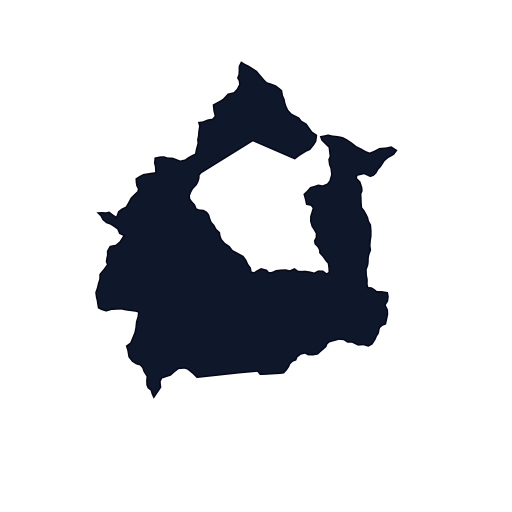 the district of Monte Aprazível, São Paulo, Brazil, rotated 133°
{"feature_id": "56859067B72421879986943", "entity_name": "Monte Aprazível", "entity_type": "district", "adm_level": 2, "iso_a3": "BRA", "parent_name": "Brazil", "parent_adm1": "São Paulo", "projection": "albers", "projection_center": [-49.795, -20.728], "detail": "fine", "context": "isolated", "style": "filled", "palette": "ink", "viewbox_px": 512, "rotation_deg": 133, "n_neighbors": 0, "source": "geoboundaries", "source_scale": "gbopen_adm2", "svg_char_len": 4434}
<svg xmlns="http://www.w3.org/2000/svg" viewBox="0 0 512 512"><g transform="rotate(133 256 256)"><path d="M429.0,234.4L417.1,236.3L413.4,240.6L409.6,241.9L401.4,237.4L396.9,237.0L391.2,236.1L386.7,232.0L385.2,229.0L384.7,222.0L384.9,216.4L352.7,188.6L339.0,176.3L339.6,172.2L335.9,168.5L330.1,163.0L325.3,158.4L322.6,156.2L318.8,156.2L314.8,156.8L311.8,157.9L308.0,157.7L304.9,156.1L302.1,157.3L297.4,156.6L293.4,154.0L292.6,150.6L289.6,147.2L285.6,144.2L282.4,144.0L278.2,143.5L274.6,143.2L271.9,144.3L268.8,144.0L264.6,141.4L260.3,138.8L257.1,134.7L256.4,130.3L253.3,127.0L252.3,123.7L251.3,120.6L247.5,117.1L245.2,112.5L241.2,111.2L235.5,112.3L232.6,113.4L229.2,114.0L224.4,116.9L220.6,116.6L217.4,115.0L212.7,117.8L208.9,120.1L205.9,123.2L203.9,128.3L199.4,129.1L195.7,131.7L193.3,134.9L196.2,139.3L199.9,143.5L200.1,146.9L200.8,150.0L203.0,152.6L201.2,155.4L197.6,158.6L194.7,162.5L190.8,166.4L186.7,168.1L184.0,170.0L181.0,172.7L177.8,174.7L173.6,176.4L171.0,179.7L166.9,183.0L163.1,185.6L159.3,189.1L155.3,193.5L154.0,197.6L152.1,200.3L150.7,203.7L149.3,208.3L148.8,211.8L146.0,214.9L143.3,217.6L139.2,221.8L136.1,223.0L133.9,225.4L131.1,230.5L130.9,235.6L128.2,237.4L121.9,233.2L120.8,230.0L119.8,226.8L117.0,225.3L113.5,225.1L109.5,226.1L105.7,226.1L98.9,227.3L94.0,226.8L91.1,225.8L87.8,224.8L83.0,225.3L84.1,231.4L88.3,234.3L93.2,238.8L98.7,240.7L103.4,242.9L105.1,247.1L106.3,252.3L107.8,257.1L108.3,262.8L109.2,268.6L110.4,273.1L112.0,275.9L114.0,278.8L116.4,282.0L118.5,285.7L121.0,287.3L124.6,290.0L126.2,286.9L126.4,281.5L126.5,276.6L129.4,273.2L132.5,269.5L135.7,268.4L138.9,264.5L140.7,260.8L144.7,256.1L150.7,253.0L154.7,252.7L159.4,254.9L161.7,258.6L165.4,260.6L168.8,262.7L173.4,262.5L178.0,262.8L180.9,258.1L183.6,254.3L181.2,250.3L181.7,246.8L185.3,245.0L189.6,242.9L193.2,239.7L195.9,235.2L196.9,231.3L198.2,227.2L201.4,224.4L204.8,223.5L206.7,221.1L206.9,216.9L208.0,213.7L210.1,211.4L210.5,206.4L211.6,201.4L211.9,198.1L215.1,194.2L218.2,191.1L221.1,192.2L221.6,196.8L224.6,200.1L228.9,201.6L231.0,205.5L233.8,209.6L236.6,212.3L238.7,214.8L239.2,219.1L243.9,221.0L246.0,224.7L249.2,227.9L252.9,231.1L257.1,232.9L259.7,235.2L259.3,238.6L261.9,243.5L266.3,245.0L269.7,245.8L271.2,248.7L268.7,252.0L267.9,256.3L266.1,260.6L265.2,265.2L266.9,271.8L268.3,277.1L267.4,282.1L268.3,287.6L267.7,292.8L265.8,296.4L263.9,298.7L263.9,303.5L262.4,307.8L262.1,311.9L260.2,315.7L258.4,318.6L257.8,322.0L258.6,325.5L261.3,329.0L262.5,331.8L260.6,336.0L260.3,340.2L259.6,343.5L257.4,346.0L254.0,347.4L250.2,348.4L244.6,348.4L241.3,349.3L238.2,350.8L235.8,352.9L232.7,353.1L197.4,343.5L173.7,337.1L158.4,294.0L153.2,293.2L145.4,291.1L141.4,289.4L135.6,289.8L131.4,290.6L126.5,294.1L127.4,299.8L126.4,304.8L125.4,309.3L126.7,314.9L126.0,318.8L126.9,322.0L128.3,326.9L127.9,332.2L126.2,336.4L124.4,339.6L122.4,342.3L120.8,346.1L117.7,350.1L117.9,353.5L118.3,357.6L120.2,362.3L122.2,366.4L122.1,369.9L121.7,373.2L121.2,377.9L120.7,381.5L121.6,386.6L122.5,391.3L123.6,394.7L124.4,398.8L128.8,397.4L131.5,394.9L134.6,392.2L138.2,390.7L139.1,387.8L141.5,384.8L146.7,383.3L151.6,383.3L156.7,386.7L163.5,386.7L166.8,387.5L170.4,388.7L174.6,390.1L178.4,385.7L181.5,381.0L185.7,380.9L189.3,383.8L194.4,386.2L197.4,388.8L199.3,385.7L203.6,382.8L207.4,379.8L210.7,377.8L212.9,375.2L215.5,373.8L218.4,372.3L222.7,369.6L225.5,370.8L230.0,372.3L234.1,373.1L238.4,376.0L241.4,383.5L244.9,387.6L246.3,390.8L249.0,393.5L253.2,396.5L257.1,393.5L259.1,390.4L263.4,385.9L266.4,388.4L273.2,393.7L277.1,395.1L281.3,396.2L283.7,393.7L285.8,391.0L286.9,387.7L289.5,386.2L293.4,386.5L298.7,386.7L304.4,385.2L308.8,384.2L313.0,385.9L317.2,386.6L323.0,384.2L323.8,388.6L324.2,393.2L327.0,395.1L329.6,398.4L332.2,400.8L332.2,396.9L333.7,392.6L333.4,387.9L331.8,384.4L331.1,380.6L330.4,375.5L332.4,371.1L330.9,366.4L338.2,365.0L343.6,365.6L348.5,369.1L353.7,367.8L356.6,365.0L359.4,363.4L362.1,361.5L363.4,358.6L368.9,357.9L375.8,357.5L379.5,354.2L383.4,352.4L387.2,350.2L391.9,348.1L395.0,344.3L396.7,341.7L398.7,339.2L401.3,335.8L400.3,332.5L398.3,328.2L393.7,325.5L389.7,321.7L386.2,318.1L384.0,314.4L381.2,310.5L378.3,306.4L376.9,303.6L380.8,300.7L385.4,298.5L390.3,294.8L394.5,292.2L400.3,290.0L405.1,288.2L410.1,289.2L412.3,285.3L416.3,280.1L417.2,274.6L416.3,269.9L414.5,266.5L414.8,262.6L416.7,259.1L418.2,253.4L421.5,250.9L424.6,247.8L425.9,244.8L425.5,241.4L427.7,237.5L429.0,234.4Z" fill="#0f172a" stroke="#020617" stroke-width="1.5"/></g></svg>